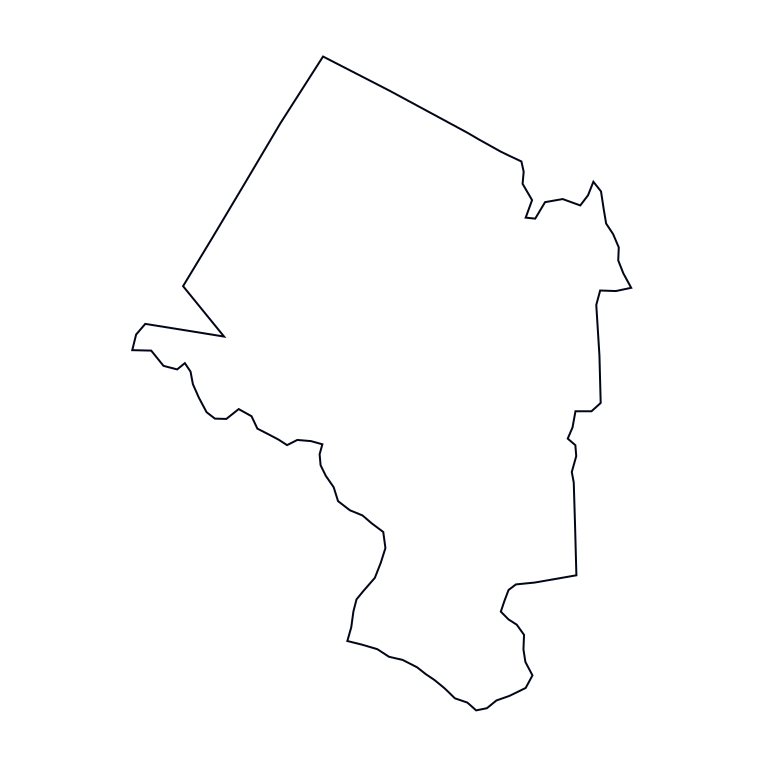 Feira Grande, Alagoas, Brazil (Natural Earth projection), rotated 358°
{"feature_id": "56859067B46372234110310", "entity_name": "Feira Grande", "entity_type": "district", "adm_level": 2, "iso_a3": "BRA", "parent_name": "Brazil", "parent_adm1": "Alagoas", "projection": "natural_earth1", "projection_center": [-36.66, -9.896], "detail": "fine", "context": "isolated", "style": "outline", "palette": "ink", "viewbox_px": 768, "rotation_deg": 358, "n_neighbors": 0, "source": "geoboundaries", "source_scale": "gbopen_adm2", "svg_char_len": 1507}
<svg xmlns="http://www.w3.org/2000/svg" viewBox="0 0 768 768"><g transform="rotate(358 384 384)"><path d="M334.5,54.6L289.6,119.7L280.0,134.7L250.8,180.3L218.3,230.7L186.6,279.2L225.8,331.0L147.5,315.6L138.0,325.9L133.6,341.4L152.5,342.5L164.3,358.2L177.8,362.2L185.7,356.2L191.1,364.9L193.0,377.5L198.4,391.0L205.7,406.0L213.8,412.7L225.2,413.4L237.9,404.0L250.5,411.6L255.9,424.2L267.6,430.7L276.5,435.8L285.0,441.7L295.4,436.9L308.9,438.5L320.3,442.1L317.2,452.0L317.8,463.0L322.6,473.7L330.1,485.4L334.0,499.5L345.5,509.0L357.9,514.6L366.7,522.7L378.1,531.9L379.7,548.0L374.6,562.4L368.1,577.4L356.3,590.0L349.0,598.3L345.5,610.2L342.8,625.9L338.4,639.6L352.5,643.6L368.1,648.8L379.5,656.8L393.0,660.4L407.2,668.3L415.7,675.5L424.0,681.5L434.0,690.3L443.9,700.6L456.2,705.3L464.7,713.4L475.5,711.6L485.3,704.2L498.4,700.1L515.0,692.7L522.2,680.4L515.6,666.7L514.1,654.1L515.2,639.6L508.3,629.2L500.2,623.6L492.8,615.6L496.7,605.2L501.3,594.2L508.8,588.9L527.6,587.7L569.6,581.9L570.0,532.1L570.2,489.2L568.6,478.5L573.6,462.8L573.1,451.8L565.7,445.0L570.9,434.0L574.4,417.9L590.4,418.5L599.9,410.5L600.3,363.1L598.9,312.4L603.3,298.1L619.0,299.2L634.4,296.5L627.1,281.9L622.4,268.7L623.4,255.7L618.2,242.2L611.6,231.4L609.7,217.1L607.6,199.1L600.3,189.2L594.5,202.5L586.4,212.4L569.0,205.4L551.3,207.9L540.9,224.0L531.4,222.7L538.4,205.4L529.5,188.8L531.0,176.7L529.1,166.4L516.8,160.1L508.7,155.8L487.8,143.2L476.1,135.8L400.3,91.4L334.5,54.6Z" fill="none" stroke="#020617" stroke-width="2"/></g></svg>